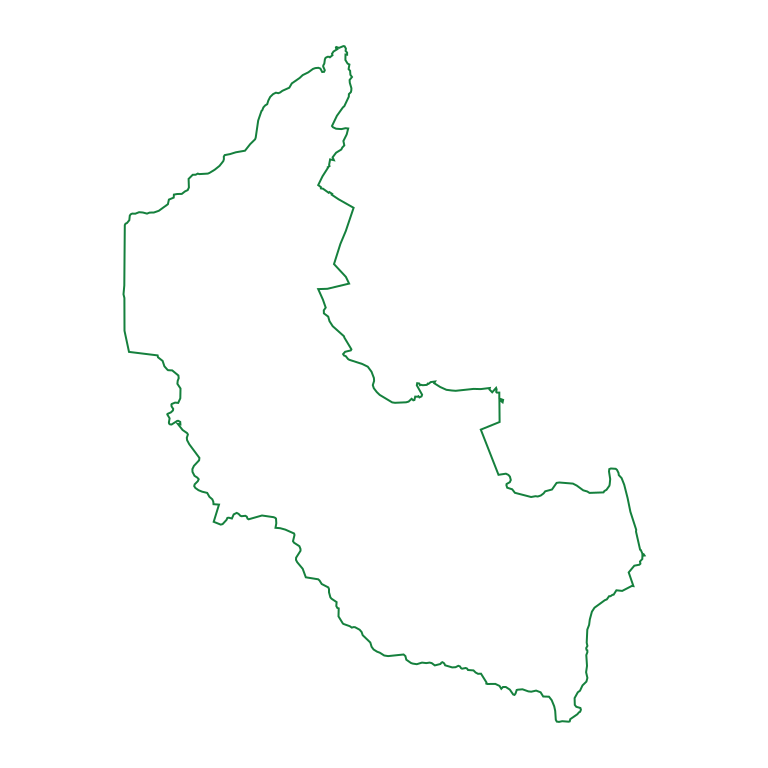 outline of Mineral del Monte, Hidalgo, Mexico
{"feature_id": "50627088B71257963793973", "entity_name": "Mineral del Monte", "entity_type": "district", "adm_level": 2, "iso_a3": "MEX", "parent_name": "Mexico", "parent_adm1": "Hidalgo", "projection": "albers", "projection_center": [-98.654, 20.148], "detail": "fine", "context": "isolated", "style": "outline", "palette": "green", "viewbox_px": 768, "rotation_deg": 0, "n_neighbors": 0, "source": "geoboundaries", "source_scale": "gbopen_adm2", "svg_char_len": 6072}
<svg xmlns="http://www.w3.org/2000/svg" viewBox="0 0 768 768"><path d="M644.5,555.5L643.6,554.2L642.4,554.7L642.3,553.4L640.8,550.0L640.1,549.7L636.0,531.6L636.2,529.8L630.4,511.8L627.6,498.1L624.2,484.7L621.6,478.1L618.8,475.1L618.5,472.9L617.0,469.9L615.7,468.8L610.9,468.5L609.3,469.1L609.0,471.5L610.2,479.1L609.7,484.2L609.4,485.7L606.5,489.8L604.4,491.0L603.5,492.4L589.5,492.9L587.3,491.5L583.2,490.3L576.8,485.6L572.9,483.6L559.3,482.5L556.6,482.9L552.0,489.5L545.2,491.3L543.6,493.4L540.8,495.5L537.8,496.5L535.5,496.2L531.1,497.0L514.9,492.8L512.2,489.3L507.2,487.7L506.4,485.2L506.6,484.0L509.8,482.2L510.8,480.0L509.9,476.6L508.4,474.9L505.9,473.7L498.5,474.8L480.8,429.6L499.6,422.0L499.4,399.7L502.6,402.3L503.1,399.9L499.3,398.5L499.3,392.6L496.9,392.6L496.2,391.9L496.6,389.4L496.1,387.9L492.2,392.3L489.4,389.4L489.8,388.0L480.7,389.1L473.6,388.9L455.7,390.8L451.8,390.5L446.4,389.8L440.2,387.0L434.2,383.2L435.1,381.5L430.7,382.1L428.5,383.9L427.8,383.6L426.8,384.9L422.8,385.2L420.9,384.8L420.0,385.2L419.2,383.5L417.2,383.2L416.8,385.3L422.1,394.7L421.5,396.4L419.4,397.4L418.4,396.2L417.7,396.7L415.2,396.6L414.4,400.0L413.3,400.3L411.6,398.8L408.6,401.6L406.1,402.3L395.0,402.8L392.2,402.4L379.7,394.9L376.8,392.1L373.8,388.2L372.8,385.1L374.1,380.9L373.9,378.0L371.5,371.7L367.8,366.7L362.3,364.0L349.3,359.8L348.1,359.1L345.8,356.2L344.0,355.5L343.1,354.1L345.1,351.8L350.8,350.4L351.4,349.3L344.3,337.5L344.0,336.3L332.7,326.2L329.5,321.2L328.2,316.6L323.9,313.4L323.8,310.3L325.7,307.6L322.9,299.6L318.2,289.1L327.4,288.8L349.1,283.6L345.9,276.9L334.0,264.1L340.4,243.9L345.8,231.0L353.6,207.8L338.6,199.3L331.7,194.7L332.2,193.9L329.4,192.1L328.7,192.8L323.0,188.7L320.9,188.4L320.9,187.1L318.2,185.1L322.5,176.3L328.0,167.7L327.8,167.2L329.5,166.1L329.1,164.9L330.1,159.4L333.9,160.2L332.6,157.3L336.1,152.7L341.3,149.5L342.3,147.5L344.3,145.4L343.4,141.0L346.7,134.4L348.2,128.5L345.5,128.2L341.4,129.1L336.0,128.7L332.9,127.2L332.0,126.0L336.9,115.8L342.9,107.4L344.3,106.2L348.8,96.7L348.9,94.1L350.9,92.1L351.3,90.4L351.4,88.2L349.8,82.8L349.6,80.0L352.0,77.0L350.4,74.8L350.1,70.8L348.6,69.1L349.4,64.5L347.6,63.6L345.4,60.0L345.5,54.5L347.1,54.7L347.1,52.6L345.6,50.9L345.9,48.6L344.6,46.3L343.4,46.1L339.0,47.9L336.3,47.0L335.9,47.4L336.2,48.6L337.1,49.3L333.5,51.5L332.0,53.8L332.5,55.2L329.9,57.3L329.1,56.8L327.5,56.8L325.6,57.8L324.9,59.3L324.3,63.6L323.3,65.4L323.2,66.6L324.8,70.2L324.1,71.8L322.2,72.0L320.4,68.6L318.4,67.8L315.3,68.1L313.0,68.9L308.2,72.4L302.7,75.1L299.6,78.0L291.8,83.4L289.3,87.7L282.4,90.8L280.1,92.5L278.3,93.2L275.9,92.7L273.1,94.1L270.2,96.9L268.3,100.6L267.2,104.2L265.2,105.4L263.4,107.4L262.2,110.4L261.5,110.9L258.2,120.5L255.7,137.6L255.1,139.3L250.2,144.1L245.0,150.7L235.8,152.3L230.0,154.1L224.7,155.1L223.8,156.6L223.9,159.1L223.3,161.1L219.5,165.9L214.6,169.8L209.3,173.0L207.8,173.6L199.2,174.1L197.8,173.6L195.7,174.7L192.7,174.8L188.6,178.9L188.9,187.5L187.7,190.1L185.0,191.4L181.8,193.9L177.2,194.0L173.9,194.6L173.7,197.6L168.9,199.6L167.9,204.2L158.8,210.8L153.9,212.5L149.6,212.6L147.0,213.6L142.8,212.5L139.1,212.2L135.3,213.7L132.2,213.6L130.7,214.3L129.8,215.6L129.3,220.2L127.0,223.0L125.5,223.7L124.8,225.1L124.3,285.5L123.5,294.3L124.4,298.0L124.5,330.8L129.0,351.9L157.6,355.4L158.0,357.3L162.6,360.9L164.4,366.3L167.4,369.7L168.1,370.2L172.2,370.4L178.4,375.5L178.7,378.2L177.7,380.8L177.4,383.8L180.5,388.5L180.3,398.3L178.2,402.9L175.1,402.6L171.7,404.0L171.4,404.7L171.6,406.5L173.2,408.9L172.9,410.5L170.9,412.4L167.5,413.9L167.3,414.5L169.6,418.3L168.9,422.4L169.1,423.6L170.1,424.4L171.6,424.5L177.2,420.9L178.2,420.8L180.2,421.9L180.4,424.4L177.8,423.9L182.6,430.0L187.2,433.2L187.9,434.5L186.8,437.8L187.1,440.2L189.3,444.3L199.4,457.9L199.1,460.3L193.9,465.9L192.4,469.1L192.5,471.9L194.5,475.8L197.3,477.6L198.7,479.2L197.8,481.2L194.7,484.3L194.2,486.1L195.3,487.9L198.5,490.2L202.2,491.7L207.2,492.9L209.4,496.8L212.3,499.3L213.3,501.7L213.5,504.2L219.0,504.6L213.7,521.8L220.7,524.6L222.6,524.1L226.5,519.9L227.4,517.9L228.8,517.7L231.9,518.5L233.7,514.4L236.7,512.9L238.6,513.9L240.4,515.8L241.6,516.2L245.4,515.8L246.8,516.7L247.5,518.6L248.6,519.3L262.0,515.5L273.7,517.2L275.3,517.9L276.0,518.6L276.3,523.3L275.5,527.8L280.2,528.2L285.3,529.6L294.1,533.5L294.5,535.0L293.0,541.2L294.0,542.7L299.4,546.2L300.5,549.0L300.5,550.8L296.1,557.7L296.0,559.9L297.2,562.2L302.7,568.8L305.8,577.3L318.2,579.3L319.6,580.6L321.7,584.0L328.3,587.4L329.0,589.1L329.0,592.3L330.4,597.4L331.5,598.7L336.6,602.1L336.3,606.0L337.3,607.9L338.7,608.4L338.5,616.4L342.6,623.1L343.3,623.9L349.8,626.2L351.8,627.6L353.5,627.1L355.0,627.2L359.6,629.7L361.6,632.0L362.7,635.2L370.3,642.5L371.6,646.8L373.6,649.5L377.1,651.7L379.8,652.7L384.2,655.5L388.1,656.1L403.6,654.5L405.4,656.1L406.3,659.7L411.0,663.0L412.8,663.6L416.8,664.2L422.0,662.6L426.3,663.1L429.6,662.6L431.7,663.1L434.8,665.4L440.4,664.0L441.5,662.6L442.5,662.2L444.2,663.4L445.1,665.3L452.2,667.4L455.6,667.2L458.3,665.8L459.9,666.4L461.1,668.2L462.1,668.7L465.7,668.0L467.1,668.6L468.0,670.0L473.5,670.4L475.6,672.5L478.0,673.8L481.0,673.7L486.5,682.5L486.3,683.6L487.4,684.0L495.3,683.9L499.5,685.9L501.3,688.8L503.0,687.0L505.8,687.0L509.8,689.6L513.2,694.5L514.5,694.9L515.5,693.6L516.7,690.0L517.8,689.7L522.5,689.3L528.4,691.4L531.3,691.7L536.1,690.6L540.6,692.3L543.2,696.5L549.0,696.7L551.7,700.2L554.2,706.3L555.2,710.9L555.8,719.8L556.8,721.6L559.0,721.9L562.2,721.2L568.7,721.7L569.7,721.4L570.3,719.1L577.3,714.3L579.0,712.3L580.1,711.8L580.6,710.6L580.9,709.7L580.4,708.0L576.3,706.8L574.8,704.9L574.6,698.1L577.8,692.3L580.0,690.7L582.5,685.4L586.4,681.6L587.4,677.9L586.1,672.2L587.0,665.9L586.3,655.1L587.4,652.1L587.3,650.3L586.5,649.8L586.2,648.1L587.4,645.9L586.7,642.7L587.3,629.6L589.1,624.9L589.8,619.5L591.9,611.7L594.5,607.7L604.8,600.2L606.8,599.4L609.1,596.2L610.5,596.2L612.5,594.8L613.6,594.7L616.4,590.3L622.2,590.9L631.9,585.9L633.4,586.1L628.7,572.4L634.3,565.7L639.4,564.7L640.4,563.7L640.0,561.5L642.3,559.0L642.4,555.8L644.5,555.5Z" fill="none" stroke="#15803d" stroke-width="2"/></svg>